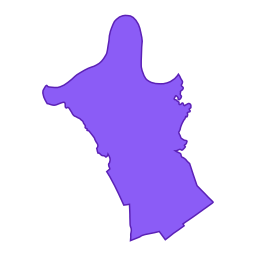 outline of Go Cong, Tiền Giang, Vietnam
{"feature_id": "81297802B95868582932177", "entity_name": "Go Cong", "entity_type": "district", "adm_level": 2, "iso_a3": "VNM", "parent_name": "Vietnam", "parent_adm1": "Tiền Giang", "projection": "natural_earth1", "projection_center": [106.661, 10.409], "detail": "fine", "context": "isolated", "style": "filled", "palette": "violet", "viewbox_px": 256, "rotation_deg": 0, "n_neighbors": 0, "source": "geoboundaries", "source_scale": "gbopen_adm2", "svg_char_len": 5707}
<svg xmlns="http://www.w3.org/2000/svg" viewBox="0 0 256 256"><path d="M46.6,85.4L46.3,85.6L45.6,86.1L44.5,87.9L43.1,90.4L42.9,92.0L42.9,93.2L43.3,95.1L43.9,97.3L45.3,100.3L46.6,102.6L47.2,103.6L48.4,103.8L51.1,104.7L52.3,105.0L53.8,105.2L54.3,105.2L55.1,105.1L56.0,104.9L57.1,104.5L58.8,103.8L60.1,103.3L61.5,102.8L63.1,102.3L63.5,102.3L64.0,102.3L64.3,102.4L64.5,102.6L64.9,103.0L65.1,103.4L65.2,104.0L65.2,106.0L65.3,106.9L65.4,107.2L65.6,107.5L66.1,107.9L66.3,108.0L66.6,107.9L66.8,107.8L67.3,107.5L67.7,107.5L68.0,107.5L68.3,107.6L68.9,108.0L69.5,108.8L70.0,109.7L70.7,110.8L71.7,112.4L72.3,113.6L73.2,114.9L74.0,115.7L74.6,116.1L76.3,116.8L77.4,117.5L78.9,118.2L79.4,118.4L80.1,118.9L81.1,119.9L82.4,120.9L82.9,121.4L83.2,122.1L83.3,122.3L83.4,122.8L83.7,123.3L84.3,124.2L85.3,125.6L85.3,125.8L85.3,126.1L85.3,126.5L85.2,126.7L85.1,127.3L85.2,127.5L85.4,127.9L86.0,128.3L86.5,128.5L86.9,128.7L87.0,128.9L87.1,129.0L87.2,129.4L87.1,129.7L87.0,130.0L87.0,130.3L87.3,130.5L88.2,130.5L88.6,130.7L89.0,131.1L89.6,131.7L92.5,135.4L94.0,137.4L94.4,138.0L94.6,138.6L95.0,139.7L96.0,141.7L97.5,144.0L97.8,145.1L97.9,145.8L97.8,146.4L97.7,146.9L97.4,147.4L96.9,148.1L96.7,148.4L97.0,149.4L97.4,151.4L97.9,152.8L97.9,153.0L98.2,153.1L98.7,153.1L99.2,153.2L99.5,153.4L100.6,154.4L101.3,155.1L102.2,155.6L102.5,155.6L104.1,155.8L104.4,155.9L104.7,156.0L105.0,156.3L105.6,156.9L105.8,157.0L106.0,157.0L106.3,156.9L106.6,156.6L107.1,156.2L107.5,155.6L107.8,155.1L107.9,154.7L108.0,154.2L109.3,156.5L109.9,158.0L110.1,159.3L110.1,160.3L109.5,162.8L108.7,163.9L108.6,164.7L108.8,166.1L109.6,167.9L109.8,169.0L106.7,171.6L108.8,175.0L109.0,175.4L109.4,175.9L114.6,185.6L118.6,193.8L123.8,205.1L126.2,204.8L129.5,204.3L129.8,212.0L129.9,215.0L129.9,216.8L130.1,224.2L130.2,225.2L130.3,225.9L130.6,226.9L130.8,227.3L131.0,228.1L131.2,228.7L131.3,230.2L131.3,230.8L131.1,232.2L130.8,233.7L130.7,234.9L130.8,236.9L130.5,240.6L138.8,237.3L139.7,236.9L141.1,236.0L142.0,235.5L144.5,234.7L145.7,234.4L148.3,233.9L154.8,232.6L157.2,232.0L159.3,231.5L165.3,239.7L169.0,236.9L173.5,233.3L178.6,229.8L184.1,225.8L183.0,223.9L185.6,222.0L189.3,219.5L190.9,218.4L192.8,217.1L203.1,209.7L211.9,203.4L212.8,202.6L213.0,202.4L213.1,202.2L212.8,201.7L207.9,196.9L204.8,193.6L201.1,189.9L199.0,187.7L197.3,186.0L197.1,185.7L196.7,184.8L195.0,179.8L193.5,175.4L190.6,166.5L189.9,164.4L189.6,163.5L189.1,163.1L187.6,161.7L186.6,160.6L186.0,159.8L185.5,159.3L184.1,158.2L183.2,157.6L182.3,157.4L182.0,157.1L181.7,156.9L181.5,156.5L181.3,156.1L181.1,155.5L181.0,154.8L180.9,154.4L180.6,153.7L180.1,153.3L178.3,152.4L176.5,151.6L175.3,150.8L176.4,150.7L177.1,150.5L179.2,149.5L179.8,149.4L180.2,149.4L180.6,149.5L180.9,149.7L181.2,149.9L181.6,150.1L182.0,150.1L182.4,150.0L183.0,149.5L184.7,147.7L185.1,147.2L185.2,146.9L185.3,146.7L185.2,146.6L185.0,146.3L184.8,146.1L184.5,145.7L184.4,145.4L184.5,145.1L184.7,144.8L185.2,144.6L185.8,144.1L186.3,143.5L186.6,142.7L186.8,142.0L187.0,141.2L186.7,140.8L186.4,140.6L185.7,140.4L185.3,140.4L184.8,140.3L184.3,140.2L183.8,139.9L182.6,139.2L181.1,138.1L180.7,137.3L180.4,136.4L180.0,135.3L179.4,134.3L179.1,133.5L178.8,132.9L178.8,132.5L178.9,131.9L179.7,130.5L180.2,129.2L180.5,127.6L181.0,126.1L181.7,124.3L182.3,123.0L183.2,121.3L183.7,120.3L184.7,119.1L185.1,118.3L185.5,117.4L185.6,116.8L185.7,116.5L185.9,116.4L186.1,116.4L186.3,116.6L186.5,116.8L186.8,116.9L187.2,116.5L187.4,115.9L187.6,115.2L187.6,114.7L187.6,113.8L187.4,113.5L187.3,113.2L187.3,112.8L187.5,112.6L188.1,112.2L189.7,111.8L190.0,111.6L190.1,111.3L190.1,110.7L189.9,110.4L189.7,110.2L189.3,109.6L189.3,109.3L189.3,109.0L189.4,108.7L190.2,108.2L190.7,107.9L190.9,107.4L190.9,107.0L190.9,106.1L190.9,105.6L190.8,105.1L190.6,104.7L190.5,104.4L190.1,104.0L189.7,103.8L189.4,103.6L189.0,103.5L188.5,103.5L188.1,103.6L186.3,104.6L185.6,105.0L185.0,105.5L184.7,105.6L184.3,105.6L184.0,105.3L183.8,105.0L183.0,103.3L182.7,103.0L182.2,103.0L181.6,103.5L181.0,104.1L180.6,104.3L180.3,104.5L179.6,104.5L179.4,104.5L179.2,104.3L179.0,103.9L179.0,103.5L179.0,103.1L179.0,102.8L179.0,102.3L178.7,101.9L178.3,101.7L177.7,101.4L177.3,101.1L176.6,100.4L176.0,99.9L175.5,99.7L174.7,99.6L174.3,99.3L174.2,99.1L174.2,98.7L174.3,98.3L175.3,96.4L175.5,96.0L175.7,95.8L176.0,95.7L176.3,95.8L176.6,96.0L176.9,96.3L177.6,97.0L177.9,97.4L178.0,97.7L178.1,98.0L178.1,98.5L178.1,99.0L178.2,99.4L178.4,99.5L178.7,99.7L179.1,99.7L179.6,99.5L180.6,98.5L181.2,97.4L181.3,97.0L181.4,96.7L181.4,96.3L181.3,96.0L181.1,95.7L180.5,95.0L180.3,94.6L180.3,93.8L180.3,93.3L180.4,92.9L180.5,92.5L180.5,92.1L180.5,91.9L180.4,91.7L180.5,91.5L180.5,91.4L181.5,90.4L181.9,90.2L182.6,89.6L182.9,89.0L183.1,88.6L183.2,88.3L183.2,88.0L183.2,87.7L182.8,87.1L182.5,86.8L182.3,86.6L181.9,86.3L181.6,86.0L181.4,85.7L181.4,85.4L181.4,85.0L181.5,84.5L182.0,83.9L182.3,83.1L182.5,82.3L182.5,81.6L182.2,80.9L180.7,78.4L180.2,77.2L179.4,75.7L178.4,74.2L177.5,75.6L174.7,78.7L170.4,81.6L167.1,82.9L164.4,83.5L163.7,83.7L160.6,83.8L158.3,83.7L155.3,83.5L153.9,83.1L152.6,82.8L151.2,82.4L149.2,81.4L147.2,80.1L145.7,78.6L144.0,75.7L142.1,70.6L141.3,67.1L141.2,65.1L141.2,60.9L141.7,47.0L142.2,41.2L141.8,37.5L140.7,32.2L139.8,28.3L138.4,24.4L135.9,20.3L133.2,17.5L130.5,16.0L128.0,15.6L125.2,15.4L122.6,15.8L119.5,17.0L116.4,19.4L114.5,21.4L113.1,24.2L111.6,27.9L110.4,31.3L109.9,33.6L109.4,35.7L109.1,39.0L108.9,41.0L108.1,45.6L107.4,50.2L106.8,53.0L106.5,53.8L106.1,54.6L104.8,56.8L103.6,58.7L101.5,61.3L99.3,63.3L96.5,65.0L93.9,66.3L91.7,67.0L88.3,68.3L84.7,70.1L80.4,72.6L77.0,74.7L74.8,76.5L71.9,79.2L67.8,82.5L64.0,85.1L60.2,86.8L57.6,87.5L56.8,87.5L54.7,87.5L51.2,87.2L49.3,87.0L48.1,86.7L47.5,86.2L46.9,85.5L46.6,85.4Z" fill="#8b5cf6" stroke="#5b21b6" stroke-width="1.5"/></svg>